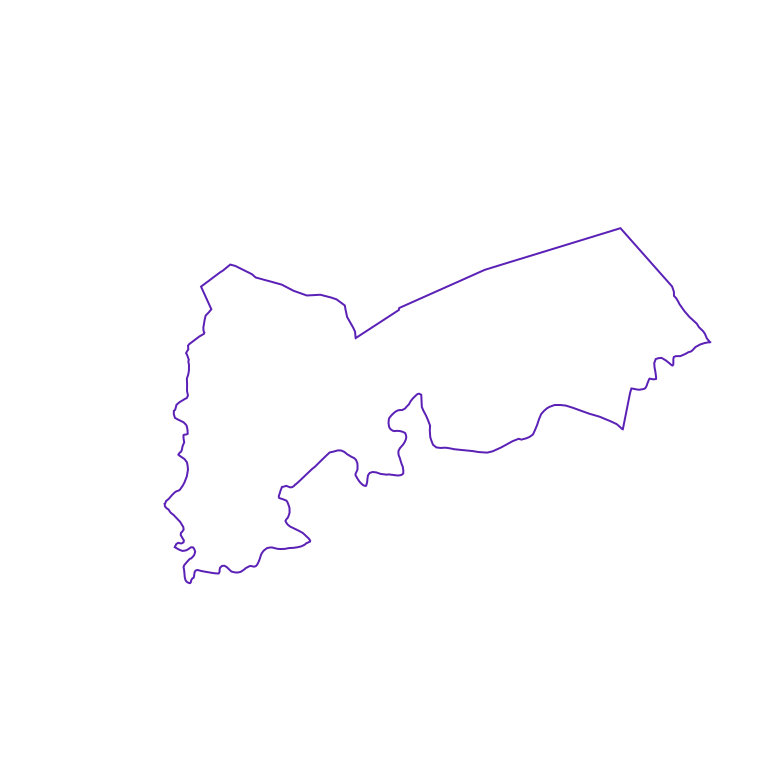 outline of Belair, Anse-la-Raye, Saint Lucia, rotated 317°
{"feature_id": "8701671B26789831471183", "entity_name": "Belair", "entity_type": "district", "adm_level": 2, "iso_a3": "LCA", "parent_name": "Saint Lucia", "parent_adm1": "Anse-la-Raye", "projection": "robinson", "projection_center": [-61.001, 13.953], "detail": "fine", "context": "isolated", "style": "outline", "palette": "violet", "viewbox_px": 768, "rotation_deg": 317, "n_neighbors": 0, "source": "geoboundaries", "source_scale": "gbopen_adm2", "svg_char_len": 5986}
<svg xmlns="http://www.w3.org/2000/svg" viewBox="0 0 768 768"><g transform="rotate(317 384 384)"><path d="M390.3,478.9L395.5,484.9L403.0,493.4L406.8,498.3L412.6,504.5L417.5,507.3L426.1,510.2L433.0,512.0L439.0,513.5L445.1,515.9L446.6,518.4L450.9,520.7L454.5,522.0L458.5,522.5L463.2,520.6L468.0,518.4L473.3,515.5L478.4,513.2L482.3,512.8L486.5,512.9L489.5,513.6L494.4,515.7L498.8,519.8L502.2,523.7L505.8,530.0L513.8,545.6L519.4,555.0L522.1,561.0L524.2,565.5L526.8,572.0L527.2,575.4L527.5,579.6L527.8,580.0L557.8,558.4L560.5,556.8L561.9,556.0L563.0,557.4L565.3,560.6L567.0,562.5L570.6,564.8L572.3,565.3L574.9,564.4L577.1,563.2L581.2,561.3L581.9,561.2L582.7,562.3L584.2,564.3L585.2,565.1L586.5,565.8L587.7,564.5L590.9,560.0L593.3,556.2L595.9,553.0L597.7,552.1L599.7,551.1L602.2,552.2L604.8,554.2L606.2,558.9L606.9,563.7L607.2,566.4L607.7,567.3L608.8,567.1L610.7,565.2L612.6,563.1L614.4,561.9L616.3,562.6L618.0,564.1L619.7,565.7L624.5,567.4L628.5,568.4L630.8,569.6L632.6,569.7L637.1,569.4L642.4,570.8L646.4,572.7L649.6,574.7L650.8,575.5L650.8,575.8L651.1,575.8L651.0,575.3L651.2,570.9L652.9,566.3L653.4,563.3L653.1,557.3L653.9,553.2L653.1,543.2L653.4,535.6L654.6,526.9L655.3,524.7L656.2,520.4L656.2,517.3L658.9,514.3L661.2,509.2L663.2,431.3L562.3,382.2L535.5,369.2L447.0,338.8L445.3,340.0L408.8,333.6L394.6,331.1L394.7,330.9L398.5,326.0L399.9,321.7L402.7,309.9L406.5,303.5L408.9,299.8L407.0,289.7L404.3,284.7L398.3,275.3L387.9,266.6L381.4,254.1L377.0,241.6L362.8,218.6L362.3,213.6L355.7,196.1L353.8,193.1L353.0,191.8L343.7,191.2L339.9,190.5L316.6,188.0L308.7,211.6L304.6,212.1L300.3,212.3L296.9,214.5L292.1,218.2L290.7,219.2L288.6,221.6L287.9,222.8L287.8,223.8L286.5,224.5L281.3,223.3L274.3,222.6L268.9,222.0L266.8,222.3L264.6,225.1L260.3,226.4L259.8,228.5L257.8,233.1L256.4,234.0L255.7,234.9L254.9,236.3L253.8,237.7L250.4,241.2L247.1,243.7L243.6,245.5L239.7,250.0L235.3,254.6L232.7,258.8L230.1,259.8L228.5,259.2L225.6,258.6L221.8,257.8L218.0,257.7L215.5,259.3L213.6,260.4L212.0,260.3L209.7,262.7L208.8,264.6L208.0,266.1L208.9,269.0L211.3,275.3L211.4,278.6L211.2,279.8L210.2,281.7L208.7,283.9L206.5,286.5L205.4,286.2L204.5,285.8L203.8,285.2L203.0,284.7L202.4,284.7L201.7,285.4L199.6,288.0L199.5,288.3L198.0,290.5L196.0,291.3L193.8,292.4L192.0,293.8L189.6,295.1L188.1,294.9L186.7,295.1L185.4,295.5L185.6,297.2L186.3,300.1L186.9,302.8L186.5,306.8L185.0,309.3L182.3,312.9L176.6,317.2L170.7,320.0L167.8,321.0L162.7,322.1L161.2,321.9L159.2,321.0L157.7,320.6L153.7,320.6L148.4,321.2L144.6,321.0L143.1,321.9L141.8,322.0L141.8,322.3L140.4,323.9L140.2,326.3L140.8,328.9L140.2,332.4L140.8,336.4L140.9,345.7L139.7,351.6L138.2,353.8L135.6,354.4L134.0,354.4L132.3,355.8L131.4,359.8L131.0,361.9L129.3,363.1L127.2,362.5L126.4,361.7L125.2,359.8L122.9,359.4L119.7,360.6L120.3,362.5L121.2,365.5L122.8,368.7L125.6,370.6L128.0,371.3L131.5,371.8L132.4,372.7L132.9,373.2L132.7,375.2L131.6,377.8L129.8,378.9L128.4,379.7L124.2,380.1L122.9,379.5L121.3,379.5L118.3,379.8L114.6,380.2L112.6,381.1L110.6,384.2L106.6,389.3L105.1,392.0L104.8,393.7L105.1,395.3L105.9,397.0L106.6,397.4L107.3,397.2L107.8,397.1L108.4,396.6L109.1,396.1L111.0,395.5L111.7,395.6L112.5,395.9L113.0,395.6L114.2,394.9L115.0,394.2L115.5,393.7L117.8,392.1L119.5,392.1L120.8,392.9L123.1,396.5L125.4,399.6L127.9,402.9L130.7,406.5L132.5,408.5L133.9,409.8L135.7,409.2L137.2,407.6L139.0,406.5L141.6,406.6L143.4,408.2L144.1,410.5L144.3,414.2L144.5,417.1L146.7,420.4L148.6,422.2L150.9,423.6L154.9,424.3L157.4,424.4L159.2,424.9L161.1,425.4L162.5,426.2L163.3,427.4L163.9,428.3L164.4,429.0L165.9,429.7L166.1,429.8L168.2,429.6L171.3,428.4L174.2,427.0L176.5,425.6L178.6,424.6L181.6,423.9L183.6,423.9L186.6,424.3L188.8,425.6L190.6,427.1L191.9,429.2L193.4,431.4L193.9,432.2L196.0,434.3L198.8,436.8L202.9,439.4L205.8,441.9L209.4,444.4L212.9,446.4L215.3,447.1L216.7,447.5L218.3,447.4L220.1,448.1L220.5,448.1L221.6,448.5L222.4,448.8L223.2,448.2L223.6,445.7L223.3,441.7L223.2,439.8L223.0,437.5L222.2,435.0L221.2,432.2L218.1,424.2L217.7,421.2L218.0,418.6L218.5,417.0L220.2,416.4L222.7,416.1L224.8,415.1L227.2,413.7L228.9,411.8L230.2,410.4L231.2,408.5L232.3,405.9L233.0,403.8L233.0,402.5L232.3,401.0L231.2,398.8L229.9,396.5L229.8,396.2L229.6,395.5L229.9,395.1L230.3,394.6L230.7,394.2L232.9,393.0L236.0,391.2L238.2,390.2L239.0,389.7L241.3,391.0L243.0,391.8L243.4,392.5L244.1,394.0L244.8,395.4L245.6,396.2L246.6,396.8L248.6,397.2L249.9,397.1L250.4,396.9L250.9,397.2L254.4,397.3L273.1,397.1L277.2,397.4L287.0,397.1L293.5,397.0L297.5,397.0L298.6,397.6L300.4,398.7L305.0,401.1L307.4,403.5L308.7,406.7L309.1,410.0L310.4,414.6L311.7,418.1L311.7,420.7L310.4,423.9L308.3,426.4L306.2,428.5L303.7,429.6L302.0,430.2L300.9,431.4L300.7,432.5L300.1,434.9L299.6,437.8L299.4,440.1L299.7,443.7L300.5,445.3L301.2,446.1L301.7,446.2L302.1,445.9L304.6,444.4L307.5,441.8L310.0,439.9L312.9,439.3L315.7,440.6L318.0,443.3L320.3,447.6L322.6,450.3L323.6,451.5L323.9,451.9L324.3,452.3L325.3,452.9L326.3,453.8L326.7,454.5L328.0,455.9L329.9,458.3L331.6,460.2L332.2,460.8L334.2,462.1L334.8,462.4L335.3,462.5L337.0,462.6L337.5,462.1L339.2,460.4L340.0,459.1L341.2,457.5L341.4,456.9L342.4,454.4L343.5,452.0L345.1,448.9L346.0,446.5L346.6,445.4L348.0,443.7L349.0,442.8L351.8,441.8L354.8,441.5L357.3,441.2L360.0,440.4L362.0,439.5L363.6,438.5L364.6,437.3L365.4,436.0L366.0,434.3L365.1,431.7L363.6,429.4L361.8,427.3L359.9,425.9L358.6,424.3L358.1,422.4L358.0,420.7L358.6,418.7L360.6,415.7L363.5,413.1L364.9,412.4L367.9,412.0L370.7,411.9L373.8,412.1L376.2,412.8L377.3,413.5L378.1,414.1L379.5,415.4L382.4,416.3L385.1,416.0L388.3,415.9L391.9,414.7L395.6,414.2L401.0,414.1L402.5,414.6L403.2,415.3L403.9,417.2L402.4,419.1L401.0,420.7L396.0,426.6L394.5,430.8L393.3,435.4L391.8,439.7L391.7,440.0L389.3,445.9L385.9,449.1L381.6,454.4L380.2,457.3L378.4,461.9L378.5,462.4L378.9,465.3L379.0,466.1L379.6,466.7L380.7,468.1L381.6,469.2L381.9,469.5L382.8,470.2L383.1,470.5L384.4,471.5L385.4,472.4L386.2,473.3L386.9,474.2L387.8,475.3L389.4,477.5L390.2,478.6L390.3,478.9Z" fill="none" stroke="#5b21b6" stroke-width="2"/></g></svg>